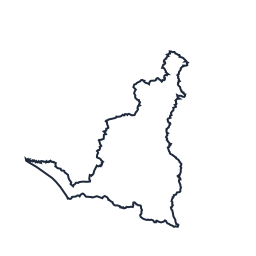 outline of Portoviejo, Manabi, Ecuador, rotated 292°
{"feature_id": "8360857B28339541752257", "entity_name": "Portoviejo", "entity_type": "district", "adm_level": 2, "iso_a3": "ECU", "parent_name": "Ecuador", "parent_adm1": "Manabi", "projection": "equal_earth", "projection_center": [-80.352, -0.999], "detail": "fine", "context": "isolated", "style": "outline", "palette": "slate", "viewbox_px": 256, "rotation_deg": 292, "n_neighbors": 0, "source": "geoboundaries", "source_scale": "gbopen_adm2", "svg_char_len": 5828}
<svg xmlns="http://www.w3.org/2000/svg" viewBox="0 0 256 256"><g transform="rotate(292 128 128)"><path d="M185.3,136.6L184.3,135.8L183.4,136.1L182.1,135.3L180.4,131.6L179.2,130.8L176.5,131.1L176.8,130.3L176.5,127.2L177.2,125.2L177.8,125.3L177.6,124.7L178.0,123.4L177.1,122.1L175.9,121.8L173.1,119.3L172.1,119.1L170.5,117.5L167.9,117.7L166.5,120.9L164.9,120.5L162.4,120.7L160.8,122.7L159.5,122.9L158.4,123.9L158.2,125.0L157.7,125.7L157.9,127.8L156.8,128.1L156.4,129.5L153.9,129.4L153.4,130.6L152.2,129.1L150.0,129.3L149.4,130.1L148.8,130.3L146.3,129.8L145.7,129.4L142.4,129.2L141.2,126.7L141.5,123.6L140.4,122.2L140.0,122.3L140.2,121.3L139.6,119.9L138.4,120.0L138.1,119.4L138.3,118.2L136.0,116.9L134.3,113.8L134.2,113.0L133.4,113.1L132.4,112.3L128.6,106.8L127.5,106.2L126.8,105.1L126.0,104.8L125.4,106.4L124.6,106.7L122.7,108.1L122.1,109.0L121.3,109.1L120.8,109.7L119.8,109.1L119.2,108.1L117.4,108.8L115.7,106.8L115.0,108.7L114.0,109.9L113.3,108.5L112.7,108.2L108.9,109.5L107.0,107.5L106.2,105.8L105.7,105.5L105.0,106.4L102.6,108.2L101.4,109.9L99.9,108.8L99.1,109.7L96.9,109.6L96.2,108.5L95.1,107.9L94.6,108.9L93.6,109.7L91.8,109.4L89.3,110.1L89.1,110.6L89.1,113.2L88.7,114.5L88.0,115.2L87.3,117.5L85.7,116.7L85.3,117.4L84.1,117.5L83.5,116.8L83.1,117.1L82.8,116.3L82.2,116.6L81.9,115.3L81.4,115.0L81.1,113.9L81.4,113.2L76.0,112.7L72.7,113.1L71.0,112.6L70.7,111.9L70.0,111.9L70.1,110.2L66.3,111.1L64.8,112.7L64.2,112.8L63.1,111.0L61.3,106.1L59.6,103.0L58.5,102.5L57.8,100.3L56.1,99.8L54.6,98.9L53.4,98.9L54.6,95.7L56.3,95.8L57.9,93.2L59.3,91.7L62.1,89.8L63.2,85.8L64.3,85.0L64.3,84.0L63.7,82.5L64.0,81.6L65.0,80.8L64.4,77.8L65.3,75.0L65.8,75.2L66.8,74.5L68.5,74.1L68.4,72.8L68.7,72.0L68.3,71.8L68.3,70.5L68.0,70.0L68.6,68.6L68.2,68.5L67.9,67.6L67.1,67.8L66.5,66.8L66.6,66.1L65.9,65.4L66.5,64.9L65.5,64.5L65.9,64.1L65.3,63.0L65.4,62.5L65.1,62.3L65.2,61.3L64.9,60.1L64.4,59.5L64.3,60.2L63.7,59.8L63.3,60.1L63.5,58.7L62.9,59.2L62.8,58.6L63.2,57.9L62.5,57.2L63.0,56.9L62.2,55.9L62.6,55.5L61.8,55.3L62.4,54.5L62.9,53.2L62.5,52.4L61.8,53.2L61.4,52.3L62.1,52.1L62.2,51.6L61.5,51.5L61.2,49.8L60.6,49.7L61.1,49.4L61.3,48.7L61.1,48.2L60.6,48.2L60.6,47.8L61.8,48.2L61.4,47.4L60.7,47.2L61.6,46.7L60.6,45.8L61.0,44.9L59.7,45.7L59.4,46.3L57.6,58.0L53.2,76.5L51.4,80.8L48.1,87.2L41.9,96.6L40.1,98.6L40.6,99.0L40.3,99.9L40.7,101.1L41.4,101.8L43.1,101.9L45.0,105.4L46.4,106.3L46.9,107.7L46.5,108.8L48.2,109.0L50.1,110.3L50.3,111.0L49.8,112.6L48.6,114.7L50.3,120.0L50.1,120.3L50.7,121.7L53.1,124.7L53.3,130.5L54.6,130.7L56.2,131.8L56.1,133.8L55.6,135.3L54.7,136.3L54.1,136.5L54.1,137.0L54.5,137.0L53.7,139.0L53.4,141.6L52.5,142.0L51.4,144.1L51.6,145.8L52.3,147.2L52.4,149.2L52.3,150.7L52.0,151.2L51.6,151.0L51.7,151.6L51.9,152.8L52.3,152.7L52.7,153.4L52.0,154.2L53.1,155.9L54.3,156.1L54.7,157.9L56.3,160.6L56.5,162.0L58.6,161.9L59.0,161.4L60.9,160.9L61.4,161.5L61.3,162.8L60.3,164.5L60.5,165.3L60.2,166.5L60.8,168.4L60.5,169.2L58.3,170.3L57.6,171.3L56.9,171.8L55.8,171.6L54.2,172.4L53.0,172.4L52.2,171.9L51.6,172.0L50.3,173.1L49.5,176.3L49.7,179.3L50.1,180.5L50.6,180.8L50.6,182.1L51.7,183.9L51.7,186.1L50.5,187.7L51.0,189.2L51.8,189.4L52.4,189.0L52.9,189.4L52.6,191.8L52.9,194.1L54.8,196.4L56.2,196.9L56.1,198.0L54.7,199.5L54.4,200.3L54.4,201.9L54.0,203.6L54.1,205.9L53.6,207.7L54.6,208.8L55.1,211.1L56.9,211.1L57.3,210.1L57.0,208.8L59.4,206.8L60.5,206.4L63.0,203.3L67.3,200.6L68.3,199.8L68.7,198.8L70.5,197.5L71.5,198.4L72.5,198.2L73.2,198.5L73.7,197.6L75.8,197.0L76.3,195.8L78.7,195.5L79.6,195.8L80.5,195.3L81.4,196.1L82.8,195.6L84.3,197.5L86.5,197.5L88.0,199.9L89.1,200.2L90.6,199.5L92.8,199.4L93.5,198.5L94.9,197.9L97.7,195.1L99.5,194.8L99.9,195.9L100.8,195.4L101.6,194.1L101.3,193.1L101.7,192.7L102.4,192.9L102.4,192.2L103.2,192.6L103.3,193.5L107.1,193.4L109.3,192.4L110.9,192.4L112.0,190.9L113.2,191.3L114.7,190.9L115.0,190.0L115.7,189.4L115.9,188.4L116.6,187.9L117.5,186.3L117.9,184.0L118.7,183.6L118.7,182.3L119.2,181.6L119.2,180.5L119.7,179.5L119.8,177.2L120.3,176.3L121.3,175.8L121.7,174.9L124.9,172.2L125.9,173.3L127.1,172.8L127.8,173.7L129.2,173.8L128.7,172.4L129.6,172.0L130.5,169.8L131.2,169.5L131.6,168.3L132.6,168.4L133.2,167.9L133.7,166.8L134.3,166.6L136.0,167.2L137.3,166.3L138.1,167.0L138.6,165.3L140.3,164.4L140.9,164.6L141.5,164.1L143.9,165.5L144.5,165.2L146.1,165.6L147.0,165.1L147.7,165.7L148.4,165.1L148.5,163.2L150.6,161.5L151.7,161.6L153.4,163.6L154.6,162.5L155.5,162.5L156.2,163.5L158.1,162.2L160.3,162.8L161.2,163.4L163.0,163.0L163.7,162.4L165.6,164.5L166.5,163.7L167.0,162.8L167.7,163.7L168.7,163.9L169.2,163.1L170.8,162.5L171.2,161.7L173.3,162.5L174.5,164.8L174.8,162.8L176.9,161.3L176.7,162.6L177.7,165.1L177.5,166.8L177.9,168.5L179.0,168.8L180.5,168.5L180.3,168.2L181.0,166.2L181.7,166.2L181.7,164.2L182.2,163.6L182.6,163.7L183.6,162.2L185.6,160.8L186.1,159.1L187.3,157.8L188.2,157.8L189.0,157.3L190.8,158.4L191.1,157.2L192.5,156.9L193.2,155.6L194.7,155.4L195.4,154.0L196.0,154.0L197.1,154.9L198.9,154.3L202.1,155.0L203.1,154.5L205.2,155.4L205.8,156.1L206.2,155.9L206.2,156.4L206.8,156.4L207.4,158.3L208.5,159.4L210.0,158.4L211.0,159.0L211.3,157.5L211.7,157.1L211.1,156.0L211.9,156.4L212.7,155.3L212.9,154.2L213.6,153.1L213.6,151.1L213.2,149.1L214.3,148.9L214.5,148.2L214.9,148.1L214.6,146.8L215.0,145.1L214.8,144.0L215.9,142.6L215.0,140.8L215.1,139.3L214.7,138.0L212.8,139.1L212.4,138.1L211.7,138.0L210.6,136.7L209.8,138.5L209.2,137.8L207.3,137.2L206.7,137.5L205.8,136.7L204.2,136.1L203.0,136.4L203.0,137.3L202.4,137.4L202.3,138.0L201.8,138.3L200.3,137.6L199.9,137.0L196.6,137.1L196.9,137.8L196.9,139.1L194.8,141.9L193.9,142.0L193.0,145.0L192.6,144.0L191.5,144.3L191.1,142.8L190.2,142.2L188.6,142.5L188.4,143.1L187.9,143.1L187.9,143.7L186.6,144.0L185.8,143.5L185.4,142.2L184.9,141.7L183.9,142.1L183.6,141.9L184.5,140.4L184.8,138.6L185.4,137.6L185.3,136.6Z" fill="none" stroke="#1e293b" stroke-width="2"/></g></svg>